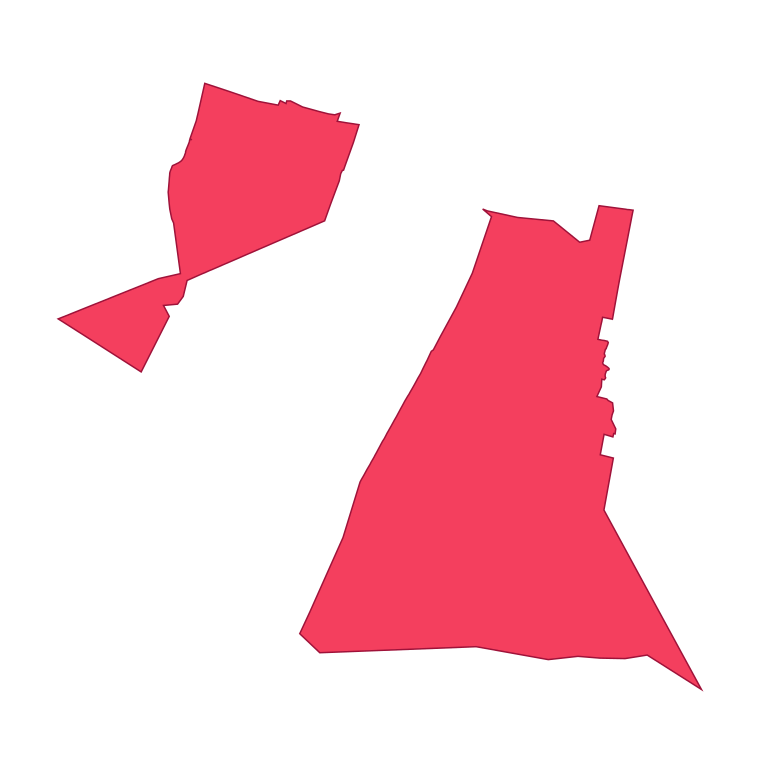 San Bartolo Coyotepec, Oaxaca, Mexico, rotated 92°
{"feature_id": "50627088B215944701539", "entity_name": "San Bartolo Coyotepec", "entity_type": "district", "adm_level": 2, "iso_a3": "MEX", "parent_name": "Mexico", "parent_adm1": "Oaxaca", "projection": "robinson", "projection_center": [-96.712, 16.934], "detail": "fine", "context": "isolated", "style": "filled", "palette": "rose", "viewbox_px": 768, "rotation_deg": 92, "n_neighbors": 0, "source": "geoboundaries", "source_scale": "gbopen_adm2", "svg_char_len": 3360}
<svg xmlns="http://www.w3.org/2000/svg" viewBox="0 0 768 768"><g transform="rotate(92 384 384)"><path d="M636.5,459.5L654.8,438.8L652.9,412.8L643.3,282.8L653.7,210.2L649.4,180.7L650.4,158.7L650.0,133.5L645.7,111.5L678.2,56.1L601.3,101.5L502.3,159.8L450.0,152.2L447.2,165.4L426.6,162.3L428.9,153.4L425.5,152.7L425.8,151.3L420.8,150.8L411.5,155.7L407.0,155.0L402.9,153.7L394.9,154.9L392.6,159.5L391.2,160.8L389.1,170.8L379.3,166.7L371.6,166.5L372.1,164.0L370.6,162.9L370.0,162.7L368.9,163.2L368.0,163.3L366.3,163.2L364.4,162.6L364.2,162.6L363.8,162.4L363.2,162.2L362.7,161.6L362.3,160.6L362.0,159.9L361.2,159.5L360.6,159.7L359.4,161.1L358.3,162.7L357.7,163.9L357.5,164.5L356.9,165.3L356.4,165.7L356.3,165.8L356.2,165.9L355.0,166.2L353.5,165.6L350.7,165.4L348.7,164.0L347.5,164.2L346.3,164.9L344.9,164.7L343.7,164.4L342.2,164.1L341.7,164.0L341.6,163.8L341.1,163.3L341.0,163.2L339.8,162.9L337.9,162.2L336.8,161.8L336.4,161.7L334.8,161.3L334.7,161.4L334.0,161.8L333.5,162.1L332.9,165.1L332.8,165.4L332.7,167.0L332.6,167.9L331.9,171.8L324.1,170.4L317.3,169.2L313.8,168.5L309.7,167.9L310.3,163.8L311.0,159.8L311.2,158.2L311.3,158.0L311.1,157.9L300.4,156.4L281.5,153.7L270.7,152.1L229.2,145.5L206.9,142.0L201.6,141.1L201.2,145.1L201.2,146.0L201.2,146.6L201.1,147.3L200.9,148.6L199.6,162.0L198.3,175.3L233.1,183.4L235.5,193.4L215.1,220.4L212.9,256.3L207.4,286.7L205.7,291.5L213.0,282.4L270.2,299.6L304.5,314.3L316.9,320.5L334.9,329.5L348.2,335.9L349.7,337.9L359.0,341.8L361.7,343.1L364.4,344.3L367.0,345.5L369.8,346.7L372.5,347.9L375.1,349.3L377.1,350.4L379.8,351.7L381.8,352.7L384.0,353.8L388.4,356.1L391.0,357.5L393.6,358.8L395.0,359.7L398.3,361.5L400.5,362.7L403.2,364.0L405.8,365.3L407.7,366.3L410.6,367.7L413.0,368.9L415.9,370.3L420.0,372.5L425.6,375.3L429.0,377.1L430.8,378.0L433.2,379.3L435.4,380.3L438.5,381.8L441.2,383.4L442.4,384.0L444.2,384.9L446.5,386.0L449.1,387.3L452.0,388.7L453.6,389.5L455.7,390.6L457.3,391.3L459.9,392.7L462.5,394.1L464.9,395.2L466.5,396.1L469.8,397.9L472.8,399.4L475.8,400.9L480.3,403.3L482.8,404.5L538.9,419.6L614.3,450.1L636.5,459.5ZM127.5,580.8L145.5,586.4L146.4,585.2L146.6,585.4L146.1,586.4L147.1,586.8L148.8,587.0L151.7,588.0L154.1,588.9L156.6,589.8L158.7,590.4L159.8,590.4L161.5,591.0L163.2,591.5L165.2,592.4L166.7,593.3L168.0,594.3L169.3,595.9L170.2,597.2L171.0,598.8L171.8,600.2L172.7,602.1L173.2,603.0L174.0,603.4L175.7,603.9L177.8,604.7L179.4,605.2L180.8,605.5L182.5,605.5L185.8,605.7L189.1,605.8L190.8,605.9L197.3,606.2L199.7,606.4L211.0,605.0L216.0,604.3L217.1,604.1L226.3,601.9L230.4,599.9L280.8,591.3L286.6,613.2L330.3,711.9L347.9,682.0L380.4,627.1L323.9,601.0L313.2,607.1L311.4,593.1L303.5,587.7L287.4,584.4L283.4,576.2L281.2,571.7L280.0,569.2L279.0,566.9L278.0,564.9L276.7,562.3L275.8,560.2L274.7,557.9L270.5,549.1L260.3,527.6L259.9,526.8L253.2,512.7L234.2,472.6L223.0,449.0L222.6,448.9L206.2,443.7L192.7,439.2L182.6,435.8L175.3,434.6L171.9,433.0L171.7,431.9L166.5,430.3L143.7,423.0L125.7,418.0L125.3,421.6L125.0,424.0L124.7,426.8L124.5,428.5L124.3,430.4L123.9,433.4L123.4,437.5L123.2,439.1L123.1,439.9L114.8,437.3L116.2,441.3L116.7,442.5L116.5,444.4L116.0,448.9L114.6,455.4L113.9,458.6L111.2,469.9L110.0,475.0L107.3,480.9L104.4,487.3L104.5,491.1L107.1,491.7L104.4,497.6L109.0,499.5L105.9,519.8L97.3,548.1L89.8,573.6L121.5,579.6L122.8,579.9L127.5,580.8Z" fill="#f43f5e" stroke="#9f1239" stroke-width="1.5"/></g></svg>